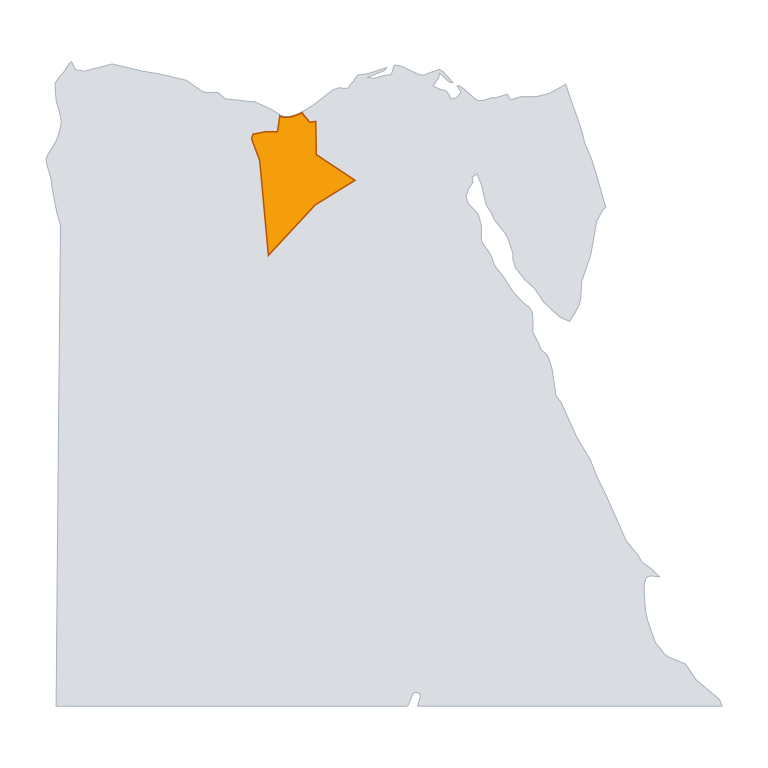 Al-Hammam, Matruh, Egypt (highlighted)
{"feature_id": "37247803B30384422366927", "entity_name": "Al-Hammam", "entity_type": "district", "adm_level": 2, "iso_a3": "EGY", "parent_name": "Egypt", "parent_adm1": "Matruh", "projection": "natural_earth1", "projection_center": [29.325, 29.822], "detail": "fine", "context": "in_parent", "style": "filled", "palette": "amber", "viewbox_px": 768, "rotation_deg": 0, "n_neighbors": 0, "source": "geoboundaries", "source_scale": "gbopen_adm2", "svg_char_len": 3739}
<svg xmlns="http://www.w3.org/2000/svg" viewBox="0 0 768 768"><path d="M721.9,706.2L703.5,706.2L685.2,706.2L666.8,706.2L648.4,706.2L630.1,706.2L611.7,706.2L593.3,706.2L574.9,706.2L556.6,706.2L538.2,706.2L519.8,706.2L501.5,706.2L483.1,706.2L464.7,706.2L446.4,706.2L428.0,706.2L417.5,706.2L419.3,700.3L420.4,696.1L419.1,693.2L415.5,692.5L413.2,693.4L407.8,705.8L404.9,706.3L398.4,706.3L377.0,706.3L355.6,706.3L334.2,706.3L312.8,706.3L291.4,706.3L270.0,706.3L248.6,706.3L227.2,706.3L205.9,706.3L184.5,706.3L163.1,706.3L141.7,706.3L120.3,706.3L98.9,706.3L77.5,706.3L56.1,706.2L56.2,691.3L56.4,676.3L56.5,661.3L56.6,646.4L56.7,631.4L56.9,616.4L57.0,601.4L57.1,586.5L57.2,571.5L57.4,556.5L57.5,541.5L57.6,526.5L57.8,511.6L57.9,496.6L58.0,481.6L58.2,466.6L58.3,451.6L58.4,436.6L58.6,421.7L58.7,406.7L58.9,391.7L59.0,376.7L59.2,361.7L59.3,346.7L59.5,331.7L59.6,316.7L59.8,301.7L59.9,286.7L60.1,271.7L60.2,256.8L60.4,241.8L60.5,226.8L60.1,224.0L57.1,213.8L54.5,200.8L51.7,184.9L51.3,179.8L46.5,163.4L46.1,158.7L47.4,155.4L55.8,141.6L58.4,134.9L60.6,126.9L61.3,120.3L59.0,110.3L56.3,101.3L55.4,92.1L55.1,83.1L59.4,76.9L64.6,71.1L66.5,67.5L69.5,63.6L71.6,61.7L75.6,69.8L84.2,71.2L112.1,64.0L142.9,71.2L159.8,74.0L186.0,80.2L201.9,91.2L206.2,92.6L217.7,92.4L225.2,98.9L255.1,102.0L271.1,109.2L280.1,115.0L285.6,116.7L290.4,116.4L296.9,114.3L305.1,110.2L314.0,104.6L332.4,90.2L339.0,87.7L343.2,88.3L348.4,88.2L350.6,84.3L353.3,81.6L355.0,78.5L357.8,74.9L367.4,73.8L386.6,67.6L384.5,70.5L367.0,77.6L374.5,78.4L382.2,76.0L390.9,74.5L392.5,71.5L393.6,65.9L395.3,65.1L401.4,66.2L419.5,74.8L423.9,75.0L436.6,70.3L439.3,69.3L443.4,71.9L452.9,82.6L449.6,82.4L439.5,73.2L438.7,77.8L433.0,85.9L440.2,89.4L446.0,90.7L449.2,95.2L451.2,99.2L456.9,97.5L460.9,92.0L458.8,88.9L457.3,85.8L459.2,85.7L463.2,88.3L474.7,98.7L478.6,100.8L483.0,100.5L492.3,97.5L494.9,98.0L507.3,94.2L508.8,97.0L510.9,99.8L520.9,96.7L536.6,96.7L549.5,93.3L564.4,85.1L565.5,83.9L566.3,85.9L568.2,91.5L572.9,105.7L577.1,116.9L582.1,132.3L583.7,138.3L584.4,142.4L591.7,159.4L596.1,173.4L599.3,184.7L603.9,201.3L605.9,207.0L602.8,210.1L596.8,220.8L590.7,255.1L581.6,281.8L580.8,298.6L579.3,304.6L574.9,313.1L569.6,321.4L559.9,317.1L544.0,302.5L534.7,288.6L524.8,279.7L515.4,267.8L512.8,259.2L512.9,253.8L508.7,240.4L505.7,234.0L494.3,219.8L491.0,212.2L488.5,208.9L485.9,204.1L481.7,185.6L477.1,173.9L472.1,177.1L473.0,182.1L468.6,188.9L466.0,196.8L468.1,203.3L477.4,213.1L479.3,217.4L481.5,226.8L481.3,239.4L482.8,243.7L489.8,253.2L492.3,258.8L493.9,263.6L496.2,267.9L503.1,276.1L513.1,291.8L522.6,302.3L529.4,307.4L532.4,312.5L533.1,325.6L532.7,331.9L538.8,343.7L541.0,349.7L546.8,354.5L549.5,360.1L552.1,369.1L556.0,395.9L561.1,402.4L576.9,437.5L590.3,459.8L596.8,476.4L606.7,496.6L626.2,540.9L637.6,554.6L642.2,562.3L650.5,568.2L659.5,576.8L651.0,575.9L648.9,576.4L645.9,577.9L644.6,583.1L644.0,587.3L645.3,609.8L647.8,621.2L655.5,642.9L661.1,649.4L663.9,653.6L667.7,656.7L685.5,664.1L696.0,679.7L719.5,699.5L721.8,704.9L721.9,706.2Z" fill="#d9dde1" stroke="#a8b0b8" stroke-width="1"/><path d="M315.8,121.4L315.7,121.4L309.5,122.2L307.4,119.2L306.8,118.6L304.9,116.4L304.5,115.9L304.4,115.9L304.2,115.6L303.5,114.9L303.3,114.8L303.3,114.7L303.1,114.3L302.9,113.9L302.9,113.7L302.7,113.3L302.3,112.6L300.1,113.7L299.7,113.9L291.3,116.9L291.2,116.6L290.6,116.7L289.5,117.0L288.6,117.1L286.7,117.2L285.6,117.3L284.5,117.3L283.3,117.1L281.8,116.9L281.3,116.8L281.2,116.8L280.7,116.5L280.1,116.2L279.8,115.8L277.5,131.7L265.6,131.7L253.0,134.2L251.5,138.7L259.7,160.5L268.4,255.5L270.1,253.6L315.2,204.9L328.6,196.7L339.1,190.1L354.9,180.4L355.0,180.3L329.5,163.4L324.8,160.3L322.0,158.4L316.3,154.6L316.3,154.4L315.8,121.4L315.8,121.4Z" fill="#f59e0b" stroke="#b45309" stroke-width="1.5"/></svg>